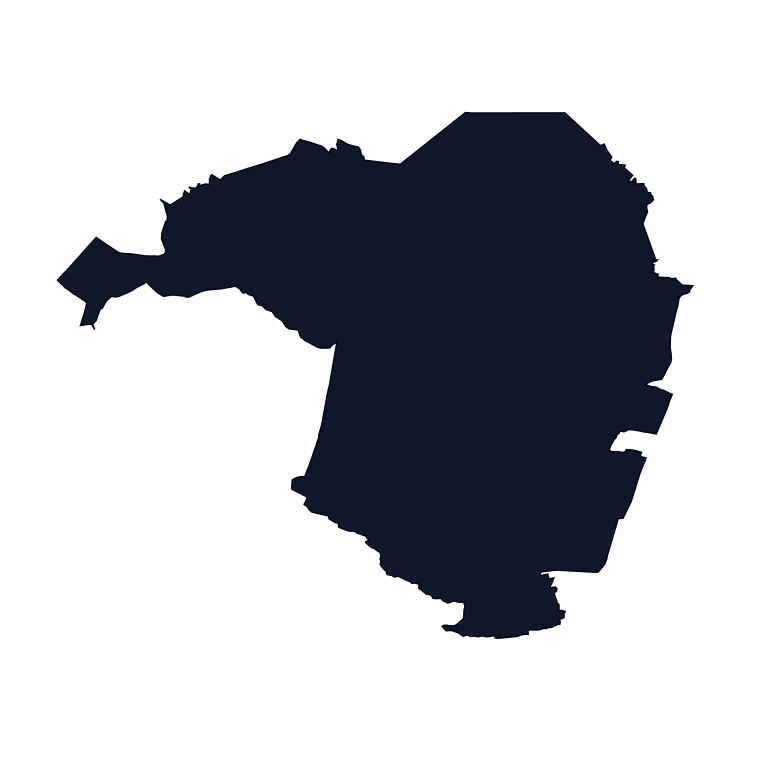 Tlayacapan, Morelos, Mexico (Robinson projection), rotated 85°
{"feature_id": "50627088B24291222836000", "entity_name": "Tlayacapan", "entity_type": "district", "adm_level": 2, "iso_a3": "MEX", "parent_name": "Mexico", "parent_adm1": "Morelos", "projection": "robinson", "projection_center": [-98.969, 18.943], "detail": "fine", "context": "isolated", "style": "filled", "palette": "ink", "viewbox_px": 768, "rotation_deg": 85, "n_neighbors": 0, "source": "geoboundaries", "source_scale": "gbopen_adm2", "svg_char_len": 6116}
<svg xmlns="http://www.w3.org/2000/svg" viewBox="0 0 768 768"><g transform="rotate(85 384 384)"><path d="M643.6,307.0L644.3,305.8L644.8,302.6L644.4,297.4L644.8,292.9L645.5,293.9L645.4,295.4L646.0,295.6L646.5,295.5L647.3,292.6L647.0,273.5L645.7,268.2L645.6,264.5L645.9,262.1L641.8,262.1L641.7,257.8L642.1,256.6L642.4,250.8L641.7,247.7L641.4,245.8L641.8,243.7L641.0,241.9L640.9,237.7L639.9,235.9L639.5,234.5L639.4,233.3L638.5,232.5L638.7,229.8L637.0,229.3L633.6,229.5L633.5,228.7L632.6,225.3L630.6,224.6L627.9,225.6L627.9,224.1L626.2,223.5L625.5,226.0L624.9,227.6L625.6,228.9L625.5,229.4L622.0,229.2L619.7,228.9L618.8,229.1L617.5,230.3L616.6,230.8L614.8,230.9L607.8,232.8L606.7,232.1L605.3,230.3L602.8,229.6L601.3,231.0L601.3,234.4L601.8,235.8L601.0,236.5L598.3,235.1L598.1,234.8L592.0,231.7L592.5,236.8L587.7,237.4L588.6,245.2L588.0,245.0L586.4,244.8L584.9,244.0L584.4,231.2L584.5,227.3L585.6,220.2L590.1,188.8L589.8,186.8L582.8,179.8L577.5,177.4L574.2,176.4L538.6,162.4L538.5,157.5L521.9,147.7L495.2,136.8L480.5,129.3L478.6,135.2L474.5,133.4L472.4,139.2L471.6,141.7L470.4,148.3L472.3,149.5L473.2,152.2L472.5,154.2L471.7,157.0L471.4,162.2L469.9,165.6L465.3,163.7L461.3,160.9L458.6,158.8L458.5,158.6L457.5,157.6L453.9,155.9L454.0,154.4L451.5,153.2L452.5,148.8L451.5,146.2L450.7,144.6L451.2,141.2L452.0,137.4L452.9,133.9L454.2,129.8L455.4,124.4L457.5,117.1L430.5,102.9L426.1,101.3L419.4,97.7L418.0,100.8L414.9,105.6L413.2,109.7L410.7,113.5L409.8,118.4L408.5,121.2L407.7,123.9L405.3,119.6L404.4,116.8L403.9,112.7L403.5,107.1L399.7,104.4L393.3,100.5L388.2,96.9L385.0,95.6L378.2,95.4L372.4,95.8L361.7,94.5L357.3,93.3L352.0,91.4L339.1,87.4L332.7,84.9L325.4,83.0L323.2,81.8L321.9,80.5L320.6,77.7L320.0,74.0L318.8,71.6L317.5,71.7L313.1,67.8L312.2,73.3L311.6,78.2L305.5,83.9L304.1,84.2L304.2,88.8L302.9,90.8L302.5,93.2L302.3,96.5L302.0,97.2L301.9,98.9L301.5,102.0L298.3,101.4L298.2,103.0L297.2,104.4L296.5,105.9L295.3,106.7L294.7,105.2L289.7,105.1L289.0,104.4L288.7,105.5L288.0,106.4L287.3,106.1L286.7,106.5L285.4,102.2L284.2,100.9L284.1,102.9L283.7,104.5L282.3,102.9L246.9,112.2L235.1,106.4L232.0,107.0L229.4,106.9L228.0,106.0L226.8,103.2L226.0,102.3L225.4,101.0L223.8,99.5L222.9,100.3L221.5,99.8L220.2,100.2L219.7,101.3L218.8,101.2L218.0,102.4L216.8,101.9L215.9,105.1L212.5,105.4L208.8,107.9L207.1,107.7L206.7,115.6L201.3,115.4L200.9,116.3L202.3,118.1L203.9,118.7L203.8,120.6L203.4,121.6L202.2,122.7L201.6,121.9L197.8,118.1L189.5,125.9L187.0,124.7L185.8,131.8L183.0,131.2L182.4,133.1L184.4,134.1L183.3,136.6L182.0,138.6L180.4,139.4L178.8,137.7L177.7,137.4L171.0,141.4L164.6,143.6L164.1,144.3L165.0,145.0L165.1,147.9L129.7,180.2L121.7,273.2L120.7,279.3L166.6,348.7L163.9,362.2L159.3,384.2L156.2,384.3L153.5,386.6L148.6,387.2L145.7,388.9L144.1,394.4L142.2,399.2L137.8,405.5L136.4,408.4L141.4,410.1L146.5,409.4L146.9,411.2L145.4,413.2L144.7,415.8L145.9,416.9L148.1,418.0L149.0,418.6L142.6,424.0L141.5,426.0L136.4,437.7L134.3,443.7L134.2,444.5L132.9,446.0L136.2,450.0L145.5,456.5L146.5,457.1L147.4,458.9L148.0,459.7L153.1,481.0L156.1,494.6L157.0,498.8L160.0,512.1L162.6,523.8L162.4,524.0L162.8,524.8L166.6,529.4L166.3,529.7L160.5,537.4L162.0,538.8L164.4,539.2L164.6,540.1L167.5,540.1L169.9,540.7L169.2,544.8L170.3,549.4L169.5,550.8L168.6,550.4L168.4,551.5L170.7,552.5L172.2,554.1L172.8,554.4L171.1,560.8L171.4,560.9L173.1,558.6L174.8,559.7L178.4,560.9L174.3,565.8L177.5,567.2L180.1,567.8L187.2,581.3L180.5,591.0L184.6,587.5L197.8,585.1L202.9,585.8L202.8,587.1L209.9,590.3L215.4,592.3L220.2,593.0L230.3,590.0L232.6,589.9L235.5,591.1L237.2,597.6L237.0,598.2L236.3,603.3L236.3,605.2L235.5,611.3L233.4,619.9L232.1,626.0L231.2,632.6L230.1,636.7L220.0,649.4L212.9,657.9L240.7,687.4L247.0,694.6L252.1,700.2L258.0,695.0L260.6,693.0L261.9,691.0L267.9,684.5L267.9,683.9L277.1,672.7L280.7,674.2L281.7,674.3L290.5,677.6L294.0,679.2L294.6,679.3L299.3,681.3L298.7,672.9L298.8,671.1L299.1,670.3L299.5,669.9L300.7,669.2L304.6,667.5L298.8,669.0L296.7,666.3L295.4,665.1L290.3,663.0L284.5,660.0L284.0,658.1L276.8,653.2L272.9,647.8L273.0,647.0L273.8,644.6L273.6,640.5L272.6,637.7L271.5,634.2L270.3,630.6L268.9,627.1L266.7,622.9L264.8,618.7L263.1,614.3L261.4,611.7L265.2,608.9L273.6,601.4L277.5,595.8L276.8,588.8L277.2,584.5L279.1,575.2L280.2,573.5L280.3,570.3L278.4,565.4L276.4,559.4L275.9,557.8L274.9,552.0L274.9,537.8L273.6,523.3L276.7,519.4L281.1,516.8L280.8,512.7L282.8,511.6L285.1,506.3L290.0,504.3L293.9,502.9L295.2,498.7L299.6,494.8L302.1,489.0L307.0,486.4L312.5,479.5L318.0,476.9L320.6,474.0L322.7,464.9L330.0,462.8L333.8,458.8L341.6,446.9L342.7,443.8L343.0,439.9L343.3,435.1L340.5,432.0L338.0,427.0L345.0,429.2L379.4,438.1L387.3,440.8L418.9,449.5L428.8,453.3L432.7,454.1L435.2,455.3L439.7,457.1L445.5,459.8L450.6,462.0L457.0,464.9L469.2,470.9L469.2,476.9L469.7,479.3L471.4,483.6L479.6,485.1L481.0,484.7L484.6,478.8L489.6,471.0L490.2,470.6L490.9,470.5L492.1,471.0L496.9,474.1L497.3,473.8L499.2,471.2L502.9,469.3L505.4,466.8L510.5,451.0L513.6,450.3L517.7,444.8L518.3,442.5L520.2,441.5L522.5,441.6L523.2,440.5L526.1,434.9L527.4,431.7L528.0,427.2L528.7,425.1L530.2,423.8L531.5,420.4L532.6,418.5L532.9,417.4L533.9,415.6L535.1,414.6L536.5,414.1L538.5,412.2L539.5,415.9L540.4,416.0L543.4,413.2L546.0,410.3L547.4,407.4L549.6,405.1L551.8,402.5L555.2,402.0L557.9,403.2L561.0,402.4L562.7,403.5L564.7,403.0L566.8,401.3L568.4,400.6L571.0,397.7L573.1,397.9L574.1,397.3L575.5,392.5L576.9,391.1L577.1,390.2L576.8,387.5L577.2,385.5L580.4,380.5L583.4,374.9L584.8,373.9L585.1,370.3L585.9,368.1L587.0,366.3L589.1,367.0L590.7,367.0L591.5,365.9L597.2,359.9L597.9,356.5L599.0,355.1L601.6,353.9L602.1,352.5L602.6,345.5L604.7,344.6L607.7,339.6L607.3,336.6L606.3,334.6L606.5,332.5L607.8,328.8L608.6,323.5L613.0,322.7L615.9,323.9L623.8,325.0L624.5,325.2L626.5,327.6L627.8,329.4L627.7,329.6L628.0,329.8L628.7,330.6L630.4,333.3L631.1,335.5L630.4,340.6L630.0,341.7L629.7,343.5L629.8,346.0L630.6,347.1L635.3,343.6L635.2,340.6L635.4,339.0L636.0,336.6L638.4,331.6L642.3,326.9L641.8,325.6L641.3,323.4L641.7,321.3L643.0,320.4L643.1,318.6L642.8,316.9L642.9,315.4L643.6,314.2L644.0,311.1L643.6,310.0L643.6,307.0Z" fill="#0f172a" stroke="#020617" stroke-width="1.5"/></g></svg>